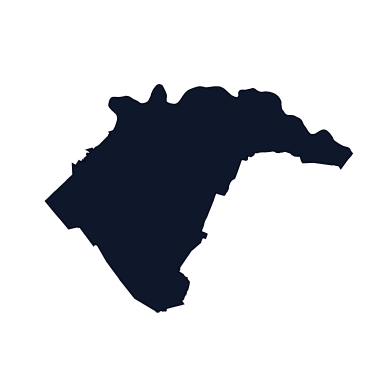 outline of Vista Hermosa, Michoacán, Mexico, rotated 25°
{"feature_id": "50627088B54691877593336", "entity_name": "Vista Hermosa", "entity_type": "district", "adm_level": 2, "iso_a3": "MEX", "parent_name": "Mexico", "parent_adm1": "Michoacán", "projection": "mercator", "projection_center": [-102.458, 20.263], "detail": "fine", "context": "isolated", "style": "filled", "palette": "ink", "viewbox_px": 384, "rotation_deg": 25, "n_neighbors": 0, "source": "geoboundaries", "source_scale": "gbopen_adm2", "svg_char_len": 5849}
<svg xmlns="http://www.w3.org/2000/svg" viewBox="0 0 384 384"><g transform="rotate(25 192 192)"><path d="M91.7,172.7L92.1,172.9L93.2,174.3L93.2,174.8L92.5,175.2L92.7,176.1L92.8,176.6L90.6,182.7L89.7,185.2L88.5,188.7L86.8,191.4L86.2,191.9L84.7,195.8L83.0,194.7L79.0,198.2L81.3,198.2L81.4,198.3L81.6,198.5L82.9,198.8L83.3,200.0L83.1,200.2L81.2,201.4L80.7,201.3L80.5,202.0L80.7,202.5L82.2,203.3L80.3,207.0L80.6,207.1L82.1,209.1L79.5,208.9L79.3,211.7L76.4,211.4L75.7,217.3L71.8,216.9L76.4,225.7L77.1,226.0L76.2,228.7L75.1,231.2L73.0,237.1L70.9,242.3L69.0,247.3L67.9,249.7L66.6,253.0L66.5,253.3L65.1,257.2L63.1,262.1L74.4,267.5L82.2,271.1L84.0,271.8L95.8,277.4L96.0,277.2L96.7,276.6L102.7,271.9L103.8,272.0L105.2,271.0L107.8,272.5L112.4,275.0L112.8,275.1L112.7,275.2L113.0,275.3L125.5,282.1L125.9,280.2L126.1,279.8L127.1,280.2L127.6,280.2L128.5,279.8L144.6,291.1L145.9,291.7L151.1,294.6L163.4,301.2L163.5,301.5L185.1,312.3L205.5,314.4L210.3,314.8L210.3,315.4L211.1,315.4L211.3,315.1L211.7,315.1L212.4,314.8L212.5,314.6L212.7,313.4L213.6,312.7L214.0,312.4L214.7,311.7L215.4,312.2L216.8,311.5L216.8,311.3L217.3,310.5L217.9,310.8L217.9,310.6L218.5,310.3L217.6,309.3L218.2,307.9L218.9,307.4L220.7,305.9L223.3,303.7L230.5,297.9L231.5,297.0L228.0,295.0L228.6,294.1L229.4,293.0L229.0,289.8L229.1,289.6L228.9,287.2L229.5,287.4L229.1,285.3L228.6,285.3L228.8,283.9L229.2,282.8L229.0,280.9L228.4,278.1L228.0,276.4L227.4,274.7L225.5,273.8L224.2,273.1L223.7,272.7L223.8,272.1L221.7,272.1L220.5,271.7L219.9,271.4L218.9,270.7L214.3,270.1L213.3,270.1L213.3,269.3L213.4,268.1L213.4,267.1L212.3,267.0L212.6,265.7L212.7,264.4L213.5,259.5L214.5,253.1L214.9,251.2L215.4,248.2L215.7,245.8L219.4,237.6L219.6,237.1L220.8,234.6L221.0,234.1L220.7,233.7L220.5,228.6L223.7,228.2L223.3,223.9L220.1,223.9L216.9,224.2L216.5,221.1L216.3,217.6L215.5,214.4L215.4,211.3L215.6,208.4L215.4,205.1L214.6,190.8L214.4,189.0L214.2,188.3L213.8,182.6L218.3,182.0L219.7,181.7L221.5,181.5L222.7,181.0L222.9,177.7L223.3,176.9L223.3,174.8L223.3,173.5L222.5,171.8L222.3,170.6L222.2,167.8L222.2,166.2L222.6,165.0L223.2,163.5L224.5,161.9L224.7,161.2L224.0,152.6L223.1,144.1L223.0,142.5L222.9,141.7L224.6,140.8L226.0,140.6L227.5,140.3L228.2,139.2L227.2,136.6L227.8,135.4L228.3,135.0L230.3,135.0L231.9,132.6L232.3,129.7L232.7,129.1L233.2,128.9L234.1,128.9L234.3,128.7L236.5,126.9L237.8,126.1L239.1,125.5L239.7,125.1L241.4,124.5L241.4,124.3L245.3,122.2L247.4,120.7L247.9,120.4L250.1,119.9L251.1,119.9L251.2,120.2L252.3,120.1L254.4,119.1L254.3,118.7L256.3,117.8L256.5,117.6L259.3,115.4L262.5,115.2L263.9,114.9L265.4,114.9L266.5,115.6L270.0,115.8L270.1,115.7L273.5,114.4L274.0,113.9L274.3,113.6L275.1,113.9L278.4,117.5L280.0,118.5L289.2,113.7L307.8,107.9L308.2,107.6L308.3,107.5L308.4,106.9L310.1,107.0L313.6,106.1L314.0,106.1L314.3,106.2L314.9,106.5L316.9,107.8L318.1,101.5L319.2,96.0L319.8,94.1L320.3,92.6L320.5,92.0L320.5,91.6L320.9,89.3L320.1,89.1L319.6,88.8L318.8,88.3L318.0,87.7L316.7,86.7L316.3,86.5L315.6,86.3L314.9,86.2L314.2,86.3L311.2,86.8L310.0,87.0L307.4,87.0L304.4,86.7L300.4,86.1L299.5,85.9L298.5,85.5L298.0,85.3L297.7,85.0L296.7,84.2L296.3,83.7L295.6,83.2L294.2,82.5L292.3,81.3L289.7,80.4L288.7,80.1L287.9,79.9L287.0,79.9L286.1,80.0L285.4,80.3L284.3,80.9L282.6,82.8L281.3,84.8L279.9,87.0L279.2,87.8L278.5,88.3L277.5,89.0L276.6,89.4L275.7,89.7L275.2,89.8L274.9,89.9L274.6,89.8L273.8,89.5L271.3,88.4L269.4,87.1L268.3,86.4L265.9,85.0L265.0,84.6L264.4,84.2L262.4,82.4L261.5,81.7L260.9,81.2L260.2,80.9L259.5,80.7L258.5,80.4L257.3,80.3L255.7,80.4L254.4,80.3L252.8,80.2L251.0,80.5L248.9,81.3L246.6,82.4L245.0,82.6L244.2,82.4L243.4,82.2L242.7,81.9L241.8,81.5L241.2,81.0L238.9,79.8L238.1,79.1L237.6,78.7L236.7,77.3L236.4,76.6L235.9,75.9L235.3,75.2L234.9,74.2L234.8,73.6L234.3,72.9L233.5,72.0L232.7,71.3L231.7,70.6L229.6,69.5L227.9,69.0L226.0,68.6L224.3,68.6L222.7,68.7L220.0,69.2L217.6,70.0L216.5,70.4L215.6,70.9L213.7,72.2L212.5,72.7L211.0,73.1L208.2,73.1L206.9,72.9L206.2,72.7L205.7,72.5L205.0,72.5L204.3,72.5L203.6,72.7L203.0,73.0L201.4,74.6L200.8,75.0L200.2,75.4L198.1,77.0L196.8,77.8L195.9,78.2L195.0,78.4L193.6,79.3L193.1,79.7L192.7,80.5L192.5,81.5L192.6,82.3L193.0,83.1L193.6,83.9L193.9,84.7L194.0,86.0L193.9,86.8L193.5,87.3L192.9,87.5L192.5,87.9L191.3,88.2L190.0,88.3L187.3,88.3L186.3,88.1L185.2,87.8L183.8,87.3L182.6,87.0L179.9,86.1L177.4,85.4L176.4,85.3L174.1,85.2L173.1,85.3L172.0,85.6L168.3,87.2L161.5,91.5L160.7,91.9L160.2,92.1L157.6,92.6L155.3,93.3L154.2,93.8L153.5,94.3L152.2,95.3L151.2,96.2L149.7,97.6L147.4,100.0L145.8,102.0L145.4,102.9L144.9,104.1L144.4,105.4L143.7,108.6L143.3,111.6L143.0,113.0L142.8,114.5L142.2,116.6L141.7,117.7L140.9,118.8L140.0,119.7L139.1,120.3L137.5,120.7L136.6,121.1L135.4,121.4L133.8,121.6L132.4,121.6L131.4,121.6L130.8,121.4L130.1,120.8L129.7,120.2L129.4,119.5L128.8,118.1L128.5,117.2L128.1,116.1L127.8,115.4L127.3,114.7L126.6,114.0L125.8,113.2L124.0,111.7L122.8,110.7L120.5,108.9L119.9,108.5L119.5,108.4L118.4,108.4L117.8,108.5L117.0,108.7L116.4,109.1L115.8,109.7L115.3,110.5L115.0,111.5L114.1,115.5L114.1,116.5L114.1,118.3L114.1,119.6L114.3,120.7L114.5,121.7L114.6,122.7L114.6,126.2L114.5,127.4L114.3,128.4L114.0,129.3L113.4,130.1L112.7,131.0L111.8,131.8L110.9,132.5L109.9,133.1L109.1,133.5L108.2,133.7L107.4,133.8L106.7,133.7L105.2,133.4L103.5,133.2L102.7,133.2L100.7,133.2L99.7,133.2L98.6,133.1L97.8,133.0L97.2,132.8L96.4,132.7L94.7,132.6L94.0,132.7L93.1,133.0L92.1,133.3L91.4,133.6L90.9,134.1L89.3,135.3L88.0,136.2L86.7,137.0L85.7,137.6L81.3,139.4L80.3,140.0L79.6,140.6L79.1,141.8L79.0,142.8L79.0,143.3L79.2,143.9L79.1,144.5L79.3,145.6L79.9,147.9L80.2,148.6L80.7,149.2L82.5,150.2L83.6,150.7L84.6,151.1L89.8,152.8L90.8,153.2L91.4,153.5L91.9,154.1L93.1,155.6L93.7,156.6L94.1,157.6L94.5,159.4L94.8,161.7L95.2,165.1L95.1,167.2L95.0,168.8L94.8,169.4L94.5,170.0L93.8,170.8L92.7,171.9L91.7,172.7Z" fill="#0f172a" stroke="#020617" stroke-width="1.5"/></g></svg>